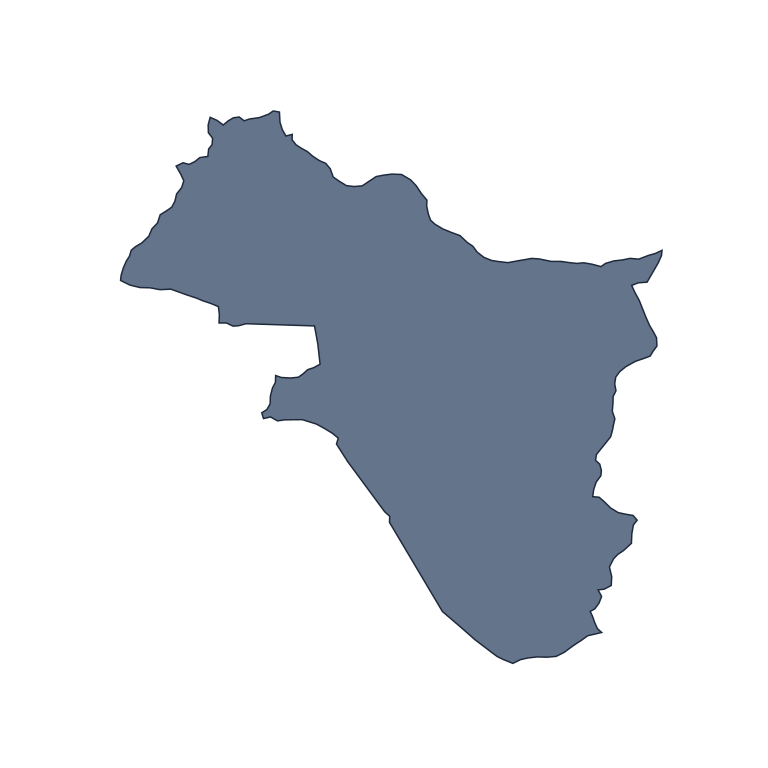 outline of Aporá, Bahia, Brazil, rotated 107°
{"feature_id": "56859067B48403270019390", "entity_name": "Aporá", "entity_type": "district", "adm_level": 2, "iso_a3": "BRA", "parent_name": "Brazil", "parent_adm1": "Bahia", "projection": "robinson", "projection_center": [-38.208, -11.75], "detail": "fine", "context": "isolated", "style": "filled", "palette": "slate", "viewbox_px": 768, "rotation_deg": 107, "n_neighbors": 0, "source": "geoboundaries", "source_scale": "gbopen_adm2", "svg_char_len": 3003}
<svg xmlns="http://www.w3.org/2000/svg" viewBox="0 0 768 768"><g transform="rotate(107 384 384)"><path d="M558.0,103.2L555.5,108.4L550.5,112.8L545.4,116.5L541.2,120.3L537.3,116.6L530.6,114.3L523.5,113.8L518.3,119.1L515.8,113.4L510.2,107.8L501.7,109.9L493.1,114.9L484.1,113.4L478.6,110.6L473.2,106.2L464.0,100.8L454.8,103.2L446.0,104.3L440.2,102.1L436.9,107.4L437.9,115.3L438.5,122.5L436.3,131.1L431.9,139.5L429.4,145.2L430.7,151.5L423.6,152.6L415.9,152.4L408.3,149.8L403.2,150.8L397.6,154.2L395.1,159.4L389.3,160.2L382.2,157.4L374.5,154.3L368.1,151.8L361.4,152.0L356.0,152.6L349.9,153.0L343.3,157.7L335.5,159.4L329.0,161.2L322.6,160.2L316.5,163.4L309.6,164.4L303.3,162.2L296.6,157.7L288.8,150.2L283.1,142.3L279.5,137.6L274.2,136.3L267.9,134.1L260.1,136.9L254.9,142.1L250.5,147.0L243.6,153.0L236.1,159.0L229.5,164.3L222.9,171.0L217.3,176.0L212.9,170.4L209.7,162.2L188.2,157.2L180.1,156.2L174.9,157.2L179.9,162.8L183.8,168.8L190.1,176.9L191.9,185.4L195.8,192.6L199.1,200.2L203.9,207.4L208.3,210.8L208.6,220.0L209.7,228.5L212.2,234.5L213.6,241.5L215.0,250.5L217.9,260.0L219.0,272.0L220.7,279.5L223.8,285.5L227.5,292.9L231.7,300.9L233.3,309.6L234.4,317.2L233.7,325.4L230.7,333.3L226.3,339.3L224.3,345.8L219.9,354.6L219.3,364.6L218.5,373.2L216.3,382.0L213.8,387.3L208.8,391.1L201.4,395.2L195.6,396.7L191.2,403.6L185.1,411.0L181.0,418.2L178.5,428.5L181.0,437.9L184.3,445.3L187.9,452.1L193.7,456.9L200.9,462.8L203.9,470.4L205.3,478.0L203.0,486.7L200.9,493.1L193.9,498.3L190.0,504.3L189.3,511.0L187.0,518.8L184.2,525.1L182.6,532.4L181.0,538.0L177.4,543.3L172.1,544.7L175.5,550.3L170.5,555.6L164.1,560.0L154.5,563.5L155.3,569.8L159.7,573.2L165.8,581.3L169.9,590.1L173.2,594.7L171.0,600.5L173.5,605.9L178.0,610.0L183.3,613.4L180.7,620.8L179.8,628.2L187.6,627.9L195.1,625.4L199.0,619.8L205.3,618.4L210.5,620.4L217.9,619.0L221.3,626.3L226.5,629.8L231.0,634.6L231.2,640.9L236.4,646.5L243.0,639.5L248.1,634.9L255.2,634.9L262.9,637.9L270.4,637.4L277.0,638.7L281.8,642.5L287.6,647.5L296.3,647.7L303.5,651.3L311.4,652.1L319.8,656.8L325.3,661.8L329.9,664.8L336.3,664.8L341.5,666.3L348.8,667.2L356.8,667.2L362.0,666.2L363.7,655.9L363.1,645.5L360.4,635.8L359.3,625.8L355.6,615.6L356.0,608.1L356.5,598.1L356.7,588.5L357.4,581.3L357.6,573.6L358.4,565.0L365.6,561.8L373.9,559.6L371.7,552.5L372.8,545.3L370.8,540.1L366.7,533.6L348.8,467.5L355.4,464.0L365.1,459.0L383.8,450.9L389.1,456.2L392.6,461.2L397.4,464.0L402.5,467.8L405.6,475.1L407.8,484.2L407.6,490.1L414.2,488.3L420.5,489.5L428.8,489.1L436.3,487.1L442.6,488.5L447.3,492.5L452.3,489.1L448.7,482.9L450.4,475.1L447.3,468.4L445.3,462.2L442.0,451.8L442.0,443.3L442.1,436.7L444.0,427.6L446.4,418.4L449.2,411.9L455.3,411.9L468.8,396.1L505.9,346.1L508.8,339.9L514.7,338.3L584.5,261.6L594.4,238.9L598.8,229.1L601.8,222.6L609.4,202.1L611.5,196.1L612.6,189.5L613.5,179.1L607.7,172.9L603.8,166.0L600.2,157.7L597.6,148.3L594.2,139.8L587.8,133.1L581.0,128.1L575.9,124.1L571.8,120.6L565.2,115.6L560.8,108.0L558.0,103.2Z" fill="#64748b" stroke="#1e293b" stroke-width="1.5"/></g></svg>